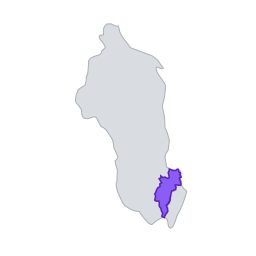 Shkodër, Shkodër, Albania shown in context, rotated 170°
{"feature_id": "67620474B15717375113052", "entity_name": "Shkodër", "entity_type": "district", "adm_level": 2, "iso_a3": "ALB", "parent_name": "Albania", "parent_adm1": "Shkodër", "projection": "albers", "projection_center": [19.63, 42.154], "detail": "fine", "context": "in_parent", "style": "filled", "palette": "violet", "viewbox_px": 256, "rotation_deg": 170, "n_neighbors": 0, "source": "geoboundaries", "source_scale": "gbopen_adm2", "svg_char_len": 2825}
<svg xmlns="http://www.w3.org/2000/svg" viewBox="0 0 256 256"><g transform="rotate(170 128 128)"><path d="M84.3,77.1L84.5,73.6L85.3,68.0L84.8,66.1L85.3,62.9L83.7,58.7L81.1,55.6L83.7,50.1L87.4,43.6L90.8,38.4L95.0,33.0L97.8,27.7L100.7,23.3L103.3,21.9L104.6,22.8L105.2,24.8L105.1,30.6L106.0,32.6L107.7,34.1L111.5,33.3L115.6,31.9L121.2,28.8L122.1,29.0L124.2,30.6L128.6,37.5L131.5,43.7L137.1,45.8L140.3,48.2L144.4,51.8L146.4,55.4L149.3,66.6L149.7,73.4L148.9,76.5L148.2,77.3L145.8,88.4L146.5,94.1L146.5,97.8L144.3,99.2L142.9,101.6L145.4,110.8L145.1,114.7L145.3,119.2L149.6,129.4L152.1,132.6L154.3,134.1L157.3,143.5L159.0,145.1L165.9,144.1L169.4,145.1L170.7,147.3L171.1,148.8L170.7,154.1L172.5,158.2L174.9,162.4L174.9,164.9L173.4,169.1L170.7,174.1L167.0,176.0L163.0,177.6L161.1,181.5L160.1,185.5L158.3,188.5L157.3,191.8L155.6,198.6L155.2,201.0L152.5,203.5L148.2,204.5L144.3,204.8L141.7,206.0L140.4,208.3L138.0,210.1L136.5,211.0L136.5,213.0L138.4,217.2L140.4,220.7L140.5,223.5L139.5,224.2L136.3,223.9L135.7,225.0L135.4,228.0L134.5,230.7L133.2,232.3L131.0,234.1L126.8,233.6L122.9,230.9L120.9,230.1L119.7,230.2L119.4,223.7L117.7,218.7L111.5,206.6L91.6,194.8L86.9,189.5L84.9,185.0L82.8,180.8L84.8,180.7L86.7,181.7L89.2,183.0L90.2,180.9L89.2,176.3L84.1,165.5L83.7,162.6L86.2,153.6L90.4,143.5L90.2,131.2L91.5,122.0L90.1,116.0L89.4,108.6L92.4,98.9L95.0,96.4L96.6,93.3L96.7,82.9L90.9,78.0L84.3,77.1Z" fill="#d9dde1" stroke="#a8b0b8" stroke-width="1"/><path d="M91.8,58.9L91.6,59.4L91.5,60.2L90.8,61.4L91.3,61.9L91.4,63.7L90.7,63.7L88.0,62.8L86.9,62.6L85.9,62.6L85.5,63.8L85.7,65.0L85.5,66.1L85.8,67.2L86.0,68.2L85.9,69.0L86.2,69.8L85.2,70.3L84.2,70.3L84.4,72.2L85.2,73.1L84.1,73.9L84.1,75.1L84.8,75.3L85.7,76.0L85.4,77.4L85.5,78.5L86.3,78.9L87.3,78.7L88.3,77.9L90.5,78.3L91.7,78.9L94.5,80.4L94.6,80.0L94.8,78.8L96.2,77.1L96.1,75.9L95.8,73.2L96.6,71.6L98.0,71.6L100.2,73.3L102.1,73.1L103.3,74.3L104.0,75.1L104.3,73.1L106.1,72.8L105.9,71.9L105.3,70.5L104.4,68.1L106.4,67.4L106.6,64.8L109.2,63.9L111.2,61.2L111.8,59.9L113.1,58.4L112.7,56.6L112.9,55.4L114.2,52.3L112.9,51.0L111.8,51.0L110.2,50.5L110.2,48.7L110.6,47.4L110.7,45.3L109.5,42.8L109.6,40.9L108.6,37.7L108.8,37.4L109.1,37.0L109.3,36.7L109.6,36.3L109.8,35.9L110.0,34.9L107.7,33.4L107.6,33.7L107.2,35.0L106.3,35.6L106.1,36.2L105.8,36.9L105.4,36.9L105.1,37.0L104.6,37.5L104.4,38.0L104.2,38.0L103.7,38.5L103.2,39.1L103.1,39.8L103.2,40.3L103.2,40.7L103.0,42.2L103.2,43.0L103.5,43.6L103.6,44.2L103.7,45.3L103.0,45.6L103.0,45.1L102.3,45.8L102.2,46.1L101.5,46.8L101.7,46.0L101.2,46.6L101.1,47.1L100.5,47.1L100.3,47.8L100.5,48.2L99.9,48.6L99.8,48.3L99.4,48.8L99.3,49.1L99.2,49.9L98.9,49.9L98.8,50.7L98.8,50.8L99.0,51.7L98.4,51.9L98.3,52.5L98.0,53.2L97.6,54.0L97.4,54.8L97.0,56.1L96.3,57.4L95.8,58.4L93.8,58.4L93.6,58.9L91.8,58.9Z" fill="#8b5cf6" stroke="#5b21b6" stroke-width="1.5"/></g></svg>